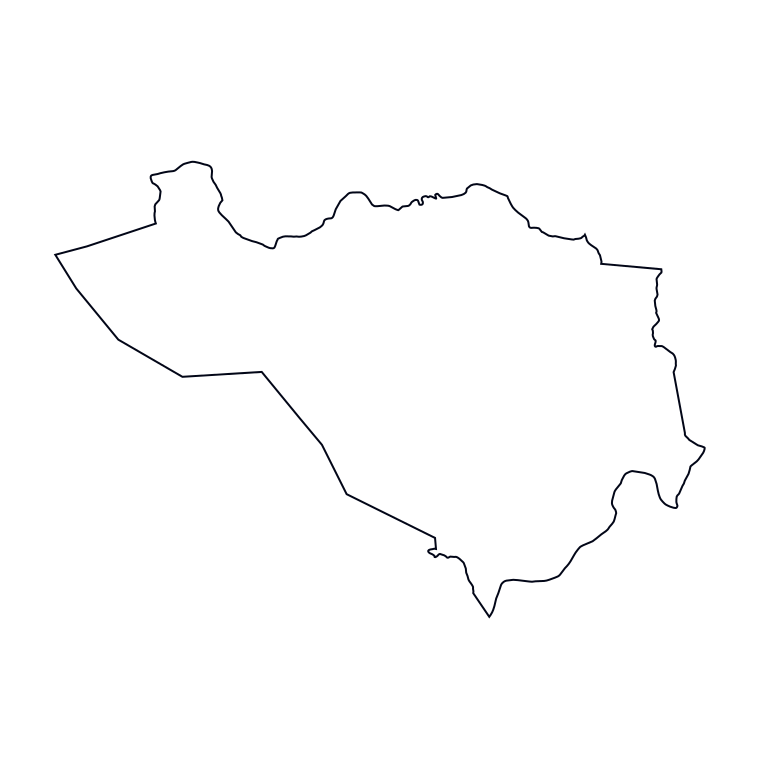 El Corpus, Choluteca, Honduras (Albers equal-area conic projection), rotated 83°
{"feature_id": "27666195B38689641379995", "entity_name": "El Corpus", "entity_type": "district", "adm_level": 2, "iso_a3": "HND", "parent_name": "Honduras", "parent_adm1": "Choluteca", "projection": "albers", "projection_center": [-87.027, 13.288], "detail": "fine", "context": "isolated", "style": "outline", "palette": "ink", "viewbox_px": 768, "rotation_deg": 83, "n_neighbors": 0, "source": "geoboundaries", "source_scale": "gbopen_adm2", "svg_char_len": 6126}
<svg xmlns="http://www.w3.org/2000/svg" viewBox="0 0 768 768"><g transform="rotate(83 384 384)"><path d="M260.3,166.4L261.2,167.1L262.0,168.9L263.0,170.2L263.3,171.1L263.5,173.3L263.4,176.4L263.8,178.2L263.4,180.0L261.3,187.5L258.3,195.5L258.1,196.3L258.1,198.5L256.8,202.5L252.9,207.5L252.3,208.8L248.8,210.9L248.3,211.5L247.9,212.7L247.5,214.0L247.1,216.6L247.0,218.8L246.7,219.8L246.0,220.5L245.1,220.9L241.0,221.0L239.6,221.3L238.4,221.9L237.2,222.7L236.1,223.8L230.3,229.9L227.3,232.5L224.7,234.4L223.1,235.2L220.4,236.3L214.5,238.3L213.0,238.5L212.6,238.7L211.7,240.2L208.9,245.7L208.1,247.0L204.2,253.2L202.5,255.3L201.2,257.5L200.1,258.8L199.4,259.9L198.4,262.3L196.9,267.4L196.9,271.1L197.5,273.7L200.1,277.8L200.8,278.2L203.1,278.9L204.1,279.7L205.2,281.7L205.9,284.3L206.7,293.7L206.4,303.0L206.1,303.8L205.7,304.4L204.2,305.8L202.2,307.2L201.8,307.7L201.7,308.4L202.0,309.4L202.6,310.1L206.1,309.6L206.3,309.8L205.8,310.8L203.9,313.7L203.4,314.8L203.3,315.8L203.9,316.8L204.0,317.3L203.8,317.9L203.1,318.5L202.8,319.1L202.6,319.9L202.7,321.0L202.9,322.0L203.2,322.8L203.7,323.4L204.3,323.8L205.1,324.0L205.9,324.0L207.8,323.3L209.0,323.3L209.9,323.6L210.5,324.3L210.7,325.5L210.3,326.9L209.7,327.1L206.6,327.8L206.0,328.0L205.6,328.4L205.3,329.0L205.1,330.4L205.6,332.0L206.7,334.1L207.3,334.8L208.9,336.0L210.0,337.6L210.2,338.5L210.1,343.8L210.3,344.3L213.0,348.2L213.2,348.7L212.8,349.6L211.9,351.3L208.1,356.7L207.5,358.3L206.9,361.8L206.7,369.0L206.5,370.9L206.2,372.0L204.4,374.0L198.1,377.0L195.1,378.7L193.5,380.1L191.9,382.1L191.2,383.1L190.9,384.6L190.1,391.4L190.1,394.4L190.4,395.5L191.0,396.6L192.8,398.9L197.0,404.9L204.7,410.6L210.8,413.5L212.2,414.5L212.8,415.3L213.1,416.2L213.0,418.7L213.1,420.2L213.4,421.6L213.9,422.7L214.3,423.2L214.9,423.6L217.3,424.6L218.5,425.4L219.5,426.6L220.7,428.5L222.8,434.2L223.7,437.0L224.8,438.5L226.9,443.3L227.4,445.2L227.6,448.2L227.5,450.4L226.9,452.9L226.8,455.6L226.2,458.2L225.4,463.9L225.5,466.4L226.3,469.6L226.9,471.5L227.2,471.8L228.0,472.2L229.3,473.1L233.6,475.1L235.2,476.1L235.7,476.9L235.8,477.9L235.3,480.3L234.7,481.8L233.4,484.0L232.3,485.8L230.9,487.2L230.3,488.3L227.7,493.4L226.1,497.5L221.9,505.8L220.5,507.7L218.9,508.5L217.3,510.7L215.4,512.6L203.9,518.5L201.0,520.8L196.7,524.4L193.7,526.5L192.2,527.2L191.1,527.4L189.8,527.3L188.6,526.9L187.2,526.3L184.2,524.4L182.0,522.0L179.3,522.2L177.1,522.7L176.4,522.7L174.8,523.1L169.0,525.7L165.8,526.8L162.5,528.6L159.0,529.7L157.6,529.9L151.7,528.7L149.6,528.8L148.2,529.2L147.2,529.8L146.2,530.8L145.1,532.8L144.1,535.7L142.3,539.7L141.5,541.9L140.5,544.9L140.1,546.9L140.1,548.3L140.6,552.0L141.1,555.2L141.5,556.6L142.8,559.1L146.3,564.7L146.8,565.9L147.0,567.5L146.9,572.1L147.1,576.2L147.5,580.2L148.0,583.1L148.3,588.1L148.6,589.3L149.1,589.9L149.8,590.3L151.3,590.5L154.7,589.8L156.1,589.3L156.6,588.9L157.2,587.9L158.2,586.6L160.2,584.6L164.2,582.7L165.2,582.4L165.7,582.3L172.3,584.0L173.4,584.4L174.2,584.9L177.8,589.1L179.8,590.0L184.7,590.3L186.4,590.9L188.8,591.3L193.2,591.4L195.3,591.2L196.9,590.9L211.2,662.1L215.7,694.5L251.7,677.8L307.6,642.3L352.3,583.2L357.1,503.9L407.4,472.0L436.8,453.0L488.8,434.5L543.0,352.1L554.1,352.5L553.6,354.1L553.8,355.8L553.9,358.3L554.3,359.7L554.8,360.3L555.3,360.5L556.2,360.3L557.1,359.6L557.6,359.0L558.9,356.8L560.0,355.5L560.8,354.9L561.6,354.9L561.9,354.8L562.1,354.1L561.8,353.2L561.2,352.0L559.9,350.5L559.6,349.7L559.5,349.2L561.4,345.1L562.6,343.6L563.8,342.7L564.1,342.2L564.2,341.7L564.1,341.1L563.4,339.3L564.2,335.4L564.3,333.7L565.0,332.3L566.7,330.4L570.6,327.1L571.3,326.7L572.4,326.4L577.1,325.3L581.3,325.4L584.7,324.5L588.4,324.0L590.2,323.3L592.5,322.0L594.7,320.9L596.1,320.4L596.9,320.4L598.1,320.6L600.6,320.5L602.5,320.9L627.9,307.9L626.4,306.5L623.8,304.5L621.4,303.1L617.9,301.5L610.6,298.8L605.5,296.0L597.7,292.3L596.4,291.3L595.0,289.4L594.4,288.0L594.1,286.5L594.1,279.6L595.0,275.0L597.7,264.1L598.3,261.2L598.3,257.7L599.0,249.0L598.9,246.6L598.4,243.7L597.1,238.1L596.2,234.9L595.6,233.7L594.7,232.5L588.9,226.9L587.0,224.6L585.0,222.5L582.6,220.4L577.0,216.2L574.6,214.3L571.8,211.6L569.8,209.4L569.2,208.3L568.3,205.9L565.5,196.1L562.8,191.5L559.7,186.6L557.1,181.7L555.8,179.8L555.1,179.1L553.3,177.6L550.5,174.5L548.5,172.7L546.2,171.6L542.1,170.0L540.6,169.3L539.3,169.3L537.5,169.6L536.7,169.9L534.9,171.0L533.5,171.6L531.6,172.2L530.1,172.3L527.6,171.8L519.4,168.5L518.5,168.0L516.9,166.7L511.5,161.1L508.4,159.7L504.2,156.8L502.9,155.5L502.2,154.3L501.0,150.6L500.7,148.9L500.7,148.0L504.1,136.0L506.3,131.3L507.2,129.8L508.1,128.7L508.8,127.9L509.7,127.3L510.9,126.7L512.3,126.4L516.5,125.6L523.0,125.2L526.8,124.8L530.1,124.1L531.4,123.7L532.5,123.2L534.8,121.7L536.9,120.1L538.0,119.0L539.2,117.3L540.6,115.0L542.1,111.7L542.6,109.9L542.6,109.2L542.4,108.7L541.6,108.0L540.7,107.6L539.8,107.7L538.0,108.1L536.7,108.2L533.8,107.8L531.5,107.2L530.4,106.4L529.3,105.0L528.7,104.4L521.4,100.1L519.4,98.5L516.6,97.2L510.3,92.7L506.4,91.0L503.3,89.9L502.9,89.5L501.9,88.0L498.9,83.0L497.2,81.0L491.2,75.6L489.6,74.6L487.8,73.8L486.5,73.5L486.0,73.8L484.7,76.1L483.1,79.9L481.5,81.9L476.7,87.8L475.1,88.8L472.4,91.0L471.5,91.4L470.4,91.5L469.4,91.3L407.5,95.1L404.5,93.4L401.3,92.0L399.3,91.9L397.5,91.6L396.0,91.5L393.4,91.8L391.7,92.2L390.3,92.8L388.9,93.8L387.2,95.9L381.4,101.9L380.5,103.1L380.2,103.8L379.7,107.4L379.7,108.2L380.1,109.3L380.1,109.8L379.8,110.3L379.1,110.6L377.9,110.4L375.9,109.5L374.4,109.1L373.7,109.3L372.9,110.1L372.3,110.5L369.3,111.3L367.8,111.3L366.3,110.8L364.5,110.7L363.5,110.7L362.6,111.1L362.3,111.1L359.9,109.5L357.6,106.4L355.7,104.3L354.7,103.4L353.9,103.2L352.6,103.3L346.7,105.2L346.4,105.2L345.5,104.7L344.0,104.6L339.6,105.2L334.2,105.1L332.4,104.2L330.5,102.4L328.6,101.6L322.6,101.9L321.4,101.7L319.8,101.1L318.8,100.8L313.2,100.7L312.4,100.4L310.8,99.1L308.8,97.2L307.2,95.1L306.0,94.8L303.9,94.8L291.2,153.8L289.9,153.4L288.9,153.2L282.8,153.9L282.1,154.1L281.0,154.7L280.0,155.1L277.3,155.7L276.4,156.2L275.3,157.0L271.5,161.4L269.7,163.2L268.5,164.1L267.3,164.7L266.1,165.2L263.1,165.6L260.3,166.4Z" fill="none" stroke="#020617" stroke-width="2"/></g></svg>